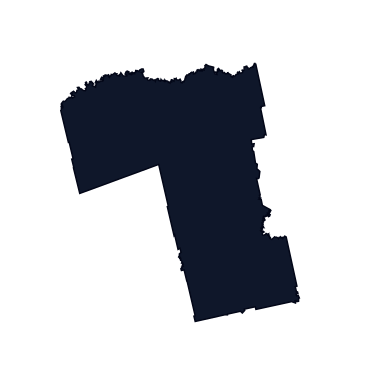 outline of Murrumbidgee, New South Wales, Australia, rotated 339°
{"feature_id": "25037944B53831779764710", "entity_name": "Murrumbidgee", "entity_type": "district", "adm_level": 2, "iso_a3": "AUS", "parent_name": "Australia", "parent_adm1": "New South Wales", "projection": "albers", "projection_center": [145.821, -35.012], "detail": "fine", "context": "isolated", "style": "filled", "palette": "ink", "viewbox_px": 384, "rotation_deg": 339, "n_neighbors": 0, "source": "geoboundaries", "source_scale": "gbopen_adm2", "svg_char_len": 5850}
<svg xmlns="http://www.w3.org/2000/svg" viewBox="0 0 384 384"><g transform="rotate(339 192 192)"><path d="M252.3,332.2L253.5,329.3L254.2,329.4L254.1,326.7L252.4,326.4L252.6,324.5L254.5,324.8L254.7,323.1L253.7,322.9L254.5,317.3L256.2,317.5L263.8,267.7L262.8,266.5L262.1,267.3L261.1,266.9L260.1,267.9L259.9,266.9L259.2,267.0L258.7,265.7L258.2,266.2L257.9,265.7L257.0,265.6L255.9,266.6L255.3,265.1L254.4,264.3L253.6,264.3L253.1,263.5L249.5,264.9L248.1,263.2L248.8,262.5L248.1,262.0L248.4,261.1L247.9,260.9L248.1,260.3L247.6,259.7L248.3,259.6L247.9,259.2L248.4,258.5L247.6,258.6L246.3,257.3L245.2,258.0L243.0,258.0L242.4,257.0L243.0,255.4L244.9,255.1L244.4,254.2L243.6,254.4L242.5,253.3L243.5,252.8L243.0,252.5L244.0,252.3L243.5,250.8L244.5,251.1L244.4,250.5L243.8,250.3L244.4,249.7L246.2,250.8L246.0,250.0L246.3,249.6L245.5,249.1L245.5,248.5L246.0,248.7L246.3,246.4L246.9,247.1L247.1,246.1L247.9,245.6L247.6,243.8L248.1,243.5L249.0,244.6L250.1,244.3L250.0,242.8L248.9,242.1L250.0,240.3L250.3,240.4L250.2,241.3L251.2,241.3L252.2,240.7L252.2,241.2L253.1,241.2L252.8,240.6L254.0,240.0L254.5,240.9L254.6,242.4L255.8,242.3L256.8,241.2L255.0,239.8L254.9,238.7L256.8,239.4L257.4,238.9L256.7,238.8L257.0,238.3L256.7,237.4L257.4,237.1L257.6,237.5L258.9,237.5L258.8,236.7L252.9,229.7L253.9,223.7L252.6,223.1L253.3,223.0L253.8,222.3L252.5,222.1L252.3,221.6L253.2,221.5L253.9,220.5L253.8,219.3L254.6,219.2L257.1,202.4L258.4,203.2L259.6,202.9L262.7,197.1L260.9,193.5L262.9,189.5L261.6,187.8L264.1,176.4L263.3,174.9L264.3,171.4L264.8,171.0L265.8,171.7L267.3,169.2L264.9,168.6L266.1,164.3L278.6,166.7L280.2,164.3L281.6,165.2L286.1,138.1L286.9,138.2L287.1,136.9L290.8,137.5L297.3,95.8L296.8,95.8L296.9,94.6L296.3,94.4L294.4,96.5L293.5,96.5L293.7,97.5L291.3,96.9L289.2,97.7L288.5,97.2L288.8,96.0L288.2,95.4L288.3,94.3L287.7,93.9L286.7,94.3L285.5,93.9L284.4,96.7L283.3,97.2L282.9,96.3L282.4,96.3L282.6,97.5L281.9,98.6L279.5,98.5L279.3,96.7L278.4,97.1L277.6,96.5L277.1,97.0L277.7,97.8L277.2,98.4L275.2,98.1L273.8,99.1L272.6,99.2L272.5,98.3L272.2,98.2L270.7,98.6L271.2,99.2L270.8,99.5L269.7,98.1L270.4,96.6L268.4,94.3L268.4,93.5L267.9,93.4L267.2,94.1L265.5,93.6L265.1,92.1L263.8,92.2L263.2,91.0L263.9,90.2L263.6,89.2L262.7,88.7L261.9,89.0L261.5,88.3L259.9,88.6L260.1,87.8L261.4,87.3L261.1,86.2L259.7,86.6L258.6,89.3L257.7,88.8L257.4,91.2L255.9,90.2L255.9,88.8L256.8,88.6L255.6,87.7L256.1,83.6L256.8,83.8L256.9,83.2L252.6,80.2L250.8,78.0L249.2,78.8L249.3,79.6L248.4,80.8L247.0,81.3L246.9,82.6L245.8,82.2L245.3,80.9L244.6,81.3L244.7,82.5L242.9,81.8L243.3,80.7L242.3,81.2L241.5,79.9L240.2,80.1L240.5,81.1L240.2,81.4L238.4,81.5L238.0,82.4L237.3,82.6L235.8,82.4L236.5,81.2L236.4,80.5L235.2,80.7L234.6,80.1L233.5,80.3L232.9,80.9L231.6,80.6L230.9,81.5L229.1,80.9L228.6,81.8L227.7,81.6L227.0,82.5L227.3,83.2L226.3,83.4L225.2,85.2L224.2,85.5L224.0,86.2L222.9,85.7L222.1,86.6L220.9,85.8L221.5,84.5L221.3,82.4L219.1,82.8L217.8,81.4L217.9,80.2L217.0,80.5L216.1,79.8L214.8,82.2L214.2,81.7L213.7,80.2L213.0,79.8L212.4,80.3L212.3,81.9L211.3,81.4L210.5,82.6L210.1,82.1L210.1,81.4L209.2,81.3L209.3,80.3L208.5,79.4L207.8,79.3L207.4,78.6L206.9,79.3L206.4,79.1L206.3,77.7L205.6,78.7L204.6,77.3L203.6,76.9L203.4,75.8L202.4,77.2L200.7,75.8L201.3,74.7L200.8,73.8L198.8,74.0L197.4,75.5L197.3,74.0L195.9,73.9L195.5,72.6L194.0,71.6L193.3,71.8L193.4,72.5L192.9,72.7L191.0,72.0L190.7,70.5L191.7,69.7L188.5,68.7L188.3,66.7L187.8,66.2L188.2,65.2L188.0,63.8L188.5,63.3L187.8,62.5L189.9,62.5L190.3,62.1L190.4,59.6L189.0,59.1L186.8,59.4L185.6,60.5L184.7,59.3L183.7,59.5L183.8,58.8L183.0,58.4L182.2,60.0L180.9,59.9L180.9,61.0L180.1,60.7L179.1,58.8L178.0,60.1L178.6,60.6L177.7,60.8L177.2,59.5L177.4,58.9L176.4,59.0L176.4,60.0L175.6,59.4L176.1,58.8L175.2,58.0L175.9,57.9L176.2,57.2L174.8,55.9L174.4,56.4L173.5,56.2L171.8,57.9L172.3,58.9L173.0,59.0L172.9,60.2L171.9,60.3L169.3,58.9L168.3,55.2L167.3,56.2L165.7,56.7L165.9,57.6L163.7,56.4L163.6,55.7L164.3,54.8L163.1,54.3L162.7,53.2L160.0,54.0L158.7,53.3L158.2,54.3L157.1,54.3L156.6,54.9L156.1,54.4L155.8,55.2L155.5,54.6L156.2,53.1L156.0,52.6L154.4,52.9L153.6,51.9L152.7,51.7L152.5,52.6L151.6,52.8L151.6,52.1L151.0,51.9L150.2,53.9L148.8,52.5L147.2,53.9L148.9,55.5L149.5,55.3L149.1,56.2L147.9,56.5L146.8,55.8L145.9,55.8L145.9,55.4L145.3,56.1L143.9,56.1L144.0,55.1L142.9,55.5L142.6,53.6L140.9,55.3L141.7,56.8L141.0,57.6L140.1,57.6L140.3,58.3L139.5,59.6L137.1,57.1L138.7,55.6L138.0,55.0L138.4,54.1L137.5,53.3L137.5,52.6L136.2,52.4L136.2,53.4L134.9,53.6L134.4,54.8L133.6,55.0L132.4,53.7L132.9,52.4L132.6,51.4L131.7,51.8L131.8,52.8L130.7,53.5L131.6,55.7L130.2,57.4L129.6,57.4L129.9,58.2L128.8,59.2L127.2,58.5L126.2,57.4L125.8,56.2L124.6,55.7L124.0,53.7L122.5,53.4L122.8,55.4L121.7,56.1L121.0,55.9L119.9,57.7L118.7,57.8L117.5,55.5L115.9,55.9L115.6,57.3L114.9,57.2L114.6,56.2L113.9,56.7L114.5,57.4L114.4,58.6L116.7,60.0L116.6,61.1L113.9,61.4L113.9,59.9L112.1,60.5L111.2,59.5L110.5,60.2L109.2,60.1L106.4,61.8L105.8,61.9L104.4,61.1L101.7,62.7L101.6,63.5L100.8,63.8L101.8,63.9L101.1,64.6L102.0,64.8L102.1,65.3L100.4,65.4L100.3,66.6L101.9,66.2L101.8,66.7L101.4,67.2L99.8,67.4L99.4,68.5L98.7,68.9L94.4,101.4L95.2,101.5L92.9,118.4L91.5,118.2L90.4,126.9L90.0,126.9L86.7,153.1L170.8,154.3L164.8,196.6L163.7,196.8L159.6,226.3L160.5,225.6L158.4,240.6L160.7,240.3L160.1,244.5L158.0,245.3L157.4,247.0L156.7,247.4L157.1,248.0L156.4,248.2L156.8,248.8L156.7,249.5L157.6,249.3L157.7,249.8L156.9,251.7L157.5,252.2L157.7,253.7L156.8,254.6L157.9,255.3L157.3,256.0L157.7,256.6L156.6,257.2L157.1,258.1L155.5,258.3L155.5,259.5L154.4,259.4L154.1,259.7L154.0,261.5L156.7,261.9L155.2,273.4L155.4,274.0L150.6,308.7L149.3,308.6L148.6,314.0L178.7,318.4L181.1,319.4L181.4,318.7L194.5,320.7L195.6,323.0L198.8,321.4L198.8,320.1L209.9,321.8L209.6,324.5L244.8,329.9L245.2,329.6L248.7,332.6L249.1,330.4L250.3,330.6L250.1,331.8L252.3,332.2Z" fill="#0f172a" stroke="#020617" stroke-width="1.5"/></g></svg>